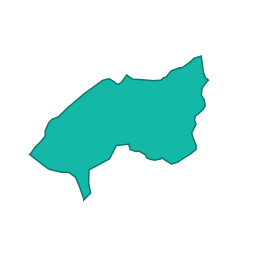 Al Fasher, North Darfur, Sudan, rotated 151°
{"feature_id": "16777658B96521919713520", "entity_name": "Al Fasher", "entity_type": "district", "adm_level": 2, "iso_a3": "SDN", "parent_name": "Sudan", "parent_adm1": "North Darfur", "projection": "robinson", "projection_center": [25.322, 13.818], "detail": "fine", "context": "isolated", "style": "filled", "palette": "teal", "viewbox_px": 256, "rotation_deg": 151, "n_neighbors": 0, "source": "geoboundaries", "source_scale": "gbopen_adm2", "svg_char_len": 1195}
<svg xmlns="http://www.w3.org/2000/svg" viewBox="0 0 256 256"><g transform="rotate(151 128 128)"><path d="M226.9,152.7L219.8,135.8L217.6,131.1L216.2,129.3L207.6,121.6L201.2,117.7L197.8,110.4L198.7,101.1L201.0,87.6L201.6,86.5L192.2,89.3L189.2,98.9L182.4,110.3L165.3,110.0L159.1,110.0L146.7,118.3L135.1,113.5L136.6,108.2L132.4,103.5L129.9,102.8L128.3,100.2L125.8,96.4L126.1,92.6L123.5,89.6L120.2,86.9L114.2,85.0L112.7,85.6L110.5,80.4L108.9,78.3L107.8,75.6L107.5,75.5L101.5,74.0L95.8,74.5L85.2,75.1L78.9,76.2L76.9,79.6L75.5,90.1L74.4,93.0L72.0,94.6L66.7,98.3L65.9,102.9L63.1,105.8L54.1,107.5L49.7,109.9L47.7,115.7L47.8,121.5L43.8,127.0L35.6,130.7L34.6,130.7L34.6,131.9L36.1,134.1L35.4,136.9L35.3,139.5L29.1,155.4L36.4,157.0L41.9,155.5L51.1,154.5L54.0,155.7L62.4,157.1L70.3,154.0L72.6,154.6L76.2,153.9L82.7,157.0L95.3,165.4L99.9,168.0L102.5,172.6L103.3,175.0L111.3,171.2L115.0,170.8L116.5,172.1L118.7,176.9L120.6,180.3L127.4,182.0L139.7,180.4L140.3,180.3L147.8,179.5L148.5,179.4L149.7,179.2L170.6,175.0L183.5,171.6L186.3,171.9L190.4,172.4L195.1,170.8L201.9,165.6L204.3,161.0L212.5,157.9L218.0,156.5L221.7,154.7L225.4,152.9L226.9,152.7Z" fill="#14b8a6" stroke="#0f766e" stroke-width="1.5"/></g></svg>